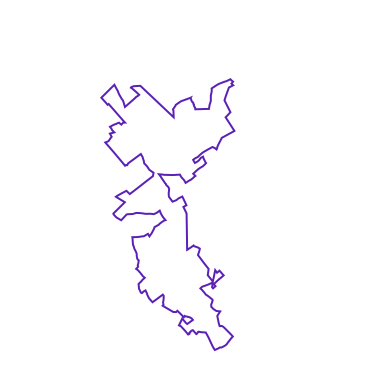 the district of Sudzal, Yucatán, Mexico, rotated 224°
{"feature_id": "50627088B33781638054164", "entity_name": "Sudzal", "entity_type": "district", "adm_level": 2, "iso_a3": "MEX", "parent_name": "Mexico", "parent_adm1": "Yucatán", "projection": "orthographic", "projection_center": [-88.879, 20.784], "detail": "fine", "context": "isolated", "style": "outline", "palette": "violet", "viewbox_px": 384, "rotation_deg": 224, "n_neighbors": 0, "source": "geoboundaries", "source_scale": "gbopen_adm2", "svg_char_len": 6025}
<svg xmlns="http://www.w3.org/2000/svg" viewBox="0 0 384 384"><g transform="rotate(224 192 192)"><path d="M219.8,276.1L232.3,280.5L234.3,284.5L238.0,292.8L236.5,297.4L238.1,297.3L238.9,297.4L239.1,299.9L241.2,299.7L242.7,299.8L244.3,295.4L245.3,293.8L247.7,288.6L248.3,286.8L249.5,281.5L249.8,280.1L248.6,279.1L247.1,277.2L245.5,274.5L242.2,271.1L241.3,269.9L240.7,268.5L239.5,266.3L237.5,263.6L246.9,254.0L247.1,253.8L247.4,254.1L248.0,254.5L248.5,254.9L249.5,255.0L250.7,255.5L250.9,255.7L251.2,256.1L251.4,256.3L252.2,256.3L253.2,257.1L253.6,257.1L253.9,257.0L254.8,257.0L256.3,257.6L256.7,257.9L257.8,258.4L258.2,258.3L258.4,258.4L258.5,258.8L258.9,257.8L259.3,257.2L259.8,256.1L259.9,255.6L260.7,254.4L260.9,253.8L261.5,252.6L261.8,251.8L262.4,250.9L262.7,250.2L263.0,249.3L263.3,248.0L263.3,247.8L263.4,247.4L263.4,247.2L263.6,246.4L263.8,245.4L264.2,243.4L263.6,241.8L263.6,241.2L263.5,240.6L263.2,239.1L263.2,238.4L263.1,238.2L262.6,237.9L261.8,237.6L259.7,235.5L258.5,234.4L257.1,233.0L302.9,232.5L307.6,227.4L308.5,225.2L308.4,224.6L307.8,224.8L303.3,225.1L300.8,225.2L297.5,225.2L297.6,223.9L298.2,221.6L298.2,220.8L298.3,218.2L298.7,214.0L298.7,213.5L299.3,206.6L304.4,209.5L304.8,209.7L305.9,210.0L307.4,210.2L308.4,210.5L311.6,211.4L312.7,211.8L313.6,212.2L314.7,212.7L315.3,213.0L315.8,213.2L316.3,213.3L319.2,214.2L322.3,215.2L322.7,196.9L319.2,196.6L317.2,196.5L313.3,196.1L313.1,197.4L309.2,197.1L306.9,196.9L290.8,195.5L288.4,195.4L288.7,195.1L289.6,194.1L289.7,193.7L289.7,192.7L289.6,192.4L289.6,191.4L291.4,191.2L292.6,191.2L293.2,190.1L293.5,189.4L294.0,187.8L294.6,187.0L294.9,186.1L295.3,185.1L295.5,184.4L296.3,181.9L294.7,181.7L293.7,181.5L292.7,181.1L292.1,181.0L290.2,180.9L289.3,180.9L291.6,177.0L288.2,175.9L288.2,175.5L288.0,175.2L288.1,174.9L287.4,170.8L287.6,170.0L288.8,167.4L279.6,166.6L274.4,166.1L261.9,164.8L258.4,164.4L258.2,165.6L257.3,166.2L257.8,168.2L257.7,168.5L257.7,168.9L255.2,183.8L254.0,183.5L253.7,183.3L252.4,183.0L251.6,182.7L250.3,181.9L248.1,180.8L246.6,179.6L246.1,179.4L244.5,179.4L243.3,179.3L242.7,179.3L242.1,179.2L240.9,179.0L239.0,178.5L238.5,178.4L237.9,178.4L236.8,178.5L236.2,178.6L235.8,178.7L234.8,178.8L233.9,178.9L233.7,179.0L233.1,179.2L231.1,176.3L232.3,168.3L233.4,160.4L233.6,159.1L233.8,157.5L235.3,147.3L240.0,147.3L241.7,142.1L242.7,138.8L243.2,137.0L243.4,135.7L233.2,138.0L233.6,121.9L232.7,121.4L229.6,121.2L228.2,121.3L223.3,122.5L223.3,124.5L223.4,128.5L223.4,130.5L222.6,131.6L219.4,134.9L217.6,138.2L214.4,141.0L212.3,142.6L210.5,143.8L208.5,145.7L207.1,147.2L205.7,148.3L204.1,149.5L202.9,152.6L202.3,156.2L199.8,155.0L196.0,153.9L191.5,153.3L192.2,152.1L192.8,149.5L193.2,147.0L193.2,145.2L194.2,142.0L194.6,140.7L193.9,139.5L192.6,135.2L192.3,133.8L191.8,130.5L192.9,130.8L194.6,131.3L195.9,126.7L196.3,126.2L196.9,125.6L199.2,122.6L200.8,120.8L203.5,118.1L203.2,117.9L199.9,114.9L197.6,112.9L196.7,112.7L195.9,112.2L193.7,111.0L192.0,110.5L191.0,110.1L189.3,109.4L188.5,108.8L187.8,108.1L187.3,107.6L186.8,107.2L185.7,106.5L185.3,106.1L184.9,106.0L184.2,105.7L183.5,105.8L182.8,105.8L181.9,104.5L181.2,103.7L180.0,101.4L178.8,100.8L178.8,98.8L178.8,97.9L176.7,98.2L173.7,98.0L172.7,97.9L171.7,97.7L170.7,97.7L169.3,97.3L168.1,97.4L166.4,97.5L166.5,95.5L166.6,94.6L166.4,92.1L166.5,91.2L166.5,88.6L165.8,88.1L162.9,85.6L162.2,85.4L161.7,85.2L158.9,84.1L157.8,84.5L157.7,85.0L157.8,85.7L157.7,86.8L157.1,88.9L154.1,87.8L153.2,87.2L149.4,85.8L148.3,85.6L143.8,85.3L141.7,97.9L140.3,97.7L138.3,95.6L136.9,93.7L136.3,92.7L135.5,92.0L134.3,91.2L134.1,89.8L122.1,92.7L120.0,94.6L120.0,96.4L111.5,96.3L110.9,96.3L111.1,97.8L110.4,97.8L109.7,98.5L106.8,100.2L104.9,100.7L104.1,100.8L102.5,100.6L103.5,94.9L103.8,93.7L105.6,93.6L111.1,94.2L108.7,87.0L106.7,87.7L103.3,87.5L103.2,87.5L100.0,87.3L95.8,86.8L95.5,87.2L95.4,87.8L95.9,87.9L95.7,89.3L96.1,89.3L96.1,91.7L95.8,92.1L95.7,92.8L95.4,93.2L90.2,92.8L90.0,93.6L90.4,95.7L90.3,96.0L87.9,97.6L84.5,100.5L79.6,99.0L69.4,95.1L65.9,94.2L64.4,97.8L64.0,99.5L63.0,100.3L62.4,101.7L61.6,104.2L61.4,105.1L61.3,106.6L61.7,109.2L62.2,114.2L62.2,116.4L64.5,116.6L74.0,116.8L76.2,116.7L77.6,116.3L78.8,114.8L79.2,114.8L81.9,116.4L87.7,120.4L88.8,125.7L91.9,123.3L93.4,123.1L95.1,122.7L98.4,122.8L100.1,124.5L100.9,126.7L101.3,127.1L101.7,128.2L102.5,128.8L106.6,128.5L109.4,128.1L110.7,127.8L113.3,128.2L116.7,128.5L119.0,128.5L118.9,130.9L116.1,136.5L114.6,140.3L114.6,140.7L113.8,140.6L111.3,137.4L109.9,137.3L109.7,140.6L112.3,140.8L112.0,147.5L111.6,150.7L111.3,154.0L117.6,154.5L117.9,151.3L121.0,151.9L114.8,142.1L122.9,143.1L126.6,148.2L133.5,149.1L143.9,150.8L146.1,155.3L147.1,156.7L149.2,156.2L152.2,154.8L153.0,154.4L153.7,154.6L153.8,154.1L154.3,151.4L154.9,148.8L155.1,147.6L155.3,147.0L172.2,164.0L181.0,172.8L187.8,175.3L187.1,177.6L186.8,178.6L187.5,178.9L195.8,182.0L197.3,177.9L197.5,175.8L197.9,174.5L199.3,171.5L199.7,171.5L200.9,171.8L205.0,172.5L205.6,172.8L207.7,174.7L210.3,178.0L210.9,178.6L211.7,178.8L212.6,179.2L214.6,179.1L215.1,179.2L215.7,179.2L216.5,179.7L217.5,179.6L219.0,180.0L221.8,180.6L223.9,181.0L225.4,181.4L228.1,181.8L225.7,183.8L224.2,184.8L219.4,189.2L217.6,190.8L212.8,196.1L209.5,195.2L206.7,195.1L205.4,194.9L205.0,194.8L202.9,194.1L201.8,198.8L201.3,200.2L201.2,201.1L201.0,202.7L200.9,204.6L200.7,205.9L203.3,206.0L203.8,206.0L203.7,207.9L203.6,210.2L203.3,213.2L203.0,214.7L202.4,216.9L202.1,217.9L201.9,220.8L202.0,222.6L202.5,222.6L205.1,223.5L206.8,224.1L208.6,225.1L209.0,223.7L209.3,222.9L209.3,222.4L209.3,222.0L209.0,219.9L209.1,218.5L209.2,217.9L209.4,217.2L209.5,216.5L209.8,215.8L210.1,214.9L213.5,215.9L213.4,216.4L213.4,217.0L213.1,218.6L212.3,220.8L212.1,221.5L212.2,221.8L212.1,222.6L212.1,223.4L211.9,226.0L211.6,228.2L211.3,229.3L211.2,230.0L211.0,230.4L210.5,232.1L210.3,232.9L208.5,238.6L208.1,238.8L207.0,239.1L205.8,239.5L205.3,239.5L204.9,239.5L203.9,239.6L204.1,240.4L205.4,242.7L205.9,244.2L206.4,245.8L207.9,250.9L208.2,251.6L203.9,265.4L219.7,269.1L219.7,273.5L219.8,276.1Z" fill="none" stroke="#5b21b6" stroke-width="2"/></g></svg>